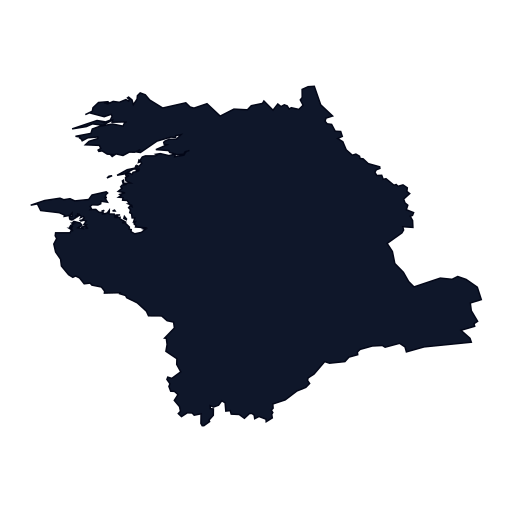 the district of Gort-Kinvara Lea-5, Galway, Ireland
{"feature_id": "5873133B79086862800883", "entity_name": "Gort-Kinvara Lea-5", "entity_type": "district", "adm_level": 2, "iso_a3": "IRL", "parent_name": "Ireland", "parent_adm1": "Galway", "projection": "robinson", "projection_center": [-8.887, 53.119], "detail": "fine", "context": "isolated", "style": "filled", "palette": "ink", "viewbox_px": 512, "rotation_deg": 0, "n_neighbors": 0, "source": "geoboundaries", "source_scale": "gbopen_adm2", "svg_char_len": 6009}
<svg xmlns="http://www.w3.org/2000/svg" viewBox="0 0 512 512"><path d="M132.0,99.9L128.6,97.1L127.5,97.9L129.4,99.5L128.7,101.1L125.8,99.6L119.3,102.3L113.2,101.4L107.7,103.9L104.0,102.7L109.2,102.9L107.9,101.7L98.5,102.5L93.0,107.7L92.3,111.2L85.3,114.6L89.4,112.8L104.2,116.7L111.1,114.3L112.2,116.1L110.3,120.1L103.7,122.6L100.4,121.2L105.2,121.8L97.0,120.5L72.1,128.9L86.3,126.6L92.5,123.9L102.8,125.2L112.7,120.0L112.1,122.2L126.8,121.9L124.6,122.7L123.0,126.1L112.4,124.0L99.5,126.4L92.3,129.0L90.9,133.4L75.5,136.3L80.4,137.1L79.7,138.0L82.5,140.0L81.6,141.1L87.8,137.8L97.8,137.0L98.0,138.5L89.1,141.3L85.4,144.8L99.4,145.4L100.8,148.4L98.1,150.1L98.9,151.4L102.2,150.9L107.2,154.1L112.3,154.5L111.1,155.3L112.2,156.5L116.0,153.9L123.0,155.5L129.3,152.1L134.8,152.2L140.3,149.5L137.0,152.0L140.4,152.5L157.0,141.1L170.8,137.1L175.6,137.4L175.7,135.6L181.1,134.6L176.4,139.2L169.1,139.3L164.8,141.2L163.7,142.3L164.2,144.3L167.0,144.8L155.9,149.6L168.6,150.6L169.7,152.4L177.1,154.6L183.5,154.2L185.2,151.7L189.5,150.4L186.1,151.7L183.9,155.2L174.6,156.8L175.1,155.3L173.8,154.4L168.9,155.6L160.3,153.6L155.8,154.3L157.0,155.0L155.6,155.9L145.3,155.9L142.3,157.0L139.9,160.6L139.0,160.0L138.4,162.5L140.7,161.7L141.7,163.4L138.8,166.5L136.9,165.5L136.8,167.4L135.7,166.2L135.0,168.1L127.2,169.7L117.1,175.3L124.5,173.9L133.3,169.1L139.0,168.8L139.3,169.8L138.3,171.0L137.4,171.0L138.3,169.6L136.2,170.1L136.6,171.6L133.1,172.3L131.9,174.5L129.5,173.0L125.6,174.5L126.5,176.8L129.0,175.5L125.5,177.6L125.9,180.7L130.6,183.0L123.7,183.4L123.5,180.2L122.4,180.9L123.3,184.3L124.1,184.1L124.6,184.5L125.4,184.1L125.8,184.5L122.0,185.2L120.7,186.8L122.0,188.3L118.2,191.4L125.2,192.9L119.8,194.4L121.3,195.4L118.6,197.2L123.0,197.6L122.6,200.2L127.2,200.5L129.2,203.6L128.2,203.8L131.7,205.3L132.1,206.7L130.1,205.9L128.6,207.7L130.5,209.7L129.7,212.7L131.6,213.6L132.1,217.9L134.8,218.0L133.5,222.1L135.5,221.7L134.1,223.9L136.0,225.6L135.5,227.0L147.5,227.9L143.5,228.9L145.3,229.4L141.4,232.4L134.7,233.8L131.0,231.7L131.2,229.6L129.0,229.0L129.4,227.1L125.4,223.2L122.1,222.7L125.3,221.9L119.7,218.7L120.1,217.3L116.3,217.5L115.9,216.9L115.5,217.4L114.9,217.3L114.2,214.1L109.6,214.0L108.2,212.9L109.2,212.0L104.0,214.3L104.7,213.6L102.7,213.9L103.1,212.8L98.7,212.1L95.8,209.4L90.4,209.6L91.4,208.7L90.1,206.4L92.1,204.8L97.9,205.0L100.7,203.8L101.0,201.2L107.5,202.2L104.9,197.9L106.9,197.6L105.6,197.4L105.7,194.7L107.6,193.0L106.2,191.8L92.0,195.0L88.7,199.5L74.8,200.9L70.0,198.7L63.8,199.7L60.0,198.2L44.7,200.5L30.7,205.2L37.4,203.9L40.7,210.5L59.3,212.7L64.5,215.0L64.2,216.4L70.0,215.3L72.1,213.0L72.2,216.3L69.3,216.2L69.7,218.9L71.8,219.3L69.8,219.4L71.9,220.0L75.9,217.6L76.0,216.1L77.2,216.6L77.6,213.7L79.0,214.0L77.6,216.4L79.9,215.1L81.3,216.4L80.7,217.5L83.2,216.4L84.3,217.8L82.2,219.8L86.3,221.1L83.9,224.5L86.6,224.8L85.9,226.0L88.0,228.7L86.8,227.6L85.6,229.0L86.7,227.4L85.3,226.0L81.7,227.1L83.0,228.7L77.9,227.8L81.8,225.1L80.2,223.0L73.8,221.4L73.0,222.3L74.0,223.0L71.9,223.1L73.2,224.2L70.6,225.5L71.1,227.2L72.8,226.1L72.1,227.3L70.5,227.3L70.3,226.5L69.7,227.1L71.2,228.5L69.4,228.4L73.2,230.8L71.2,230.5L70.1,232.8L55.6,232.8L55.2,235.8L56.7,238.5L53.8,244.0L55.6,252.0L60.6,259.2L61.4,266.0L68.6,274.7L72.8,277.3L75.6,276.0L79.5,277.9L84.2,283.8L90.1,283.1L91.9,285.1L101.4,287.0L104.6,291.1L104.4,293.1L120.1,292.7L119.6,293.7L125.6,295.5L126.7,297.7L137.2,302.8L146.4,311.2L148.5,315.8L161.6,315.9L167.1,320.7L173.6,322.1L174.4,328.0L164.6,338.1L166.3,338.3L167.1,344.5L165.9,351.3L176.9,358.7L176.7,364.4L180.8,371.8L171.8,378.4L167.8,377.1L166.9,379.4L170.0,383.8L168.9,386.4L170.7,391.2L174.5,391.4L178.0,394.6L174.3,400.4L179.5,406.6L180.5,411.3L178.3,413.6L181.5,416.6L187.3,412.8L192.2,413.0L194.2,415.2L201.1,413.8L200.9,423.4L202.2,425.7L203.9,425.7L209.6,421.6L209.0,420.1L213.3,415.3L213.4,408.9L210.3,408.7L210.2,405.6L213.4,407.1L218.5,405.2L221.8,400.8L225.1,402.8L225.8,411.1L230.2,410.6L231.2,414.1L239.2,414.5L244.4,418.3L249.5,413.5L252.1,413.5L254.2,415.2L254.7,418.7L259.0,416.5L266.0,419.2L266.2,421.7L272.3,417.9L271.7,414.3L272.8,412.6L271.3,410.1L273.1,408.2L272.8,404.0L285.2,399.9L296.9,391.0L305.8,387.4L309.6,383.5L307.5,380.4L308.1,377.9L314.0,374.1L324.7,361.6L329.5,363.2L344.9,361.6L349.0,357.1L357.7,354.7L357.4,352.0L360.1,349.4L372.3,346.0L382.4,345.5L385.1,347.2L399.6,343.3L405.0,346.9L406.4,351.9L424.1,346.9L471.3,342.2L470.0,338.3L460.9,330.3L474.7,326.3L474.0,323.7L477.6,321.3L471.3,310.7L470.3,303.0L481.3,299.6L477.3,287.2L466.1,279.4L457.7,276.5L452.1,279.3L440.3,278.1L414.0,286.9L408.6,281.5L403.4,272.3L394.8,263.5L392.4,251.5L387.1,243.4L401.9,232.9L403.6,230.0L402.7,226.7L412.9,227.4L412.6,220.6L410.2,216.2L412.5,215.4L413.6,212.6L406.3,209.7L407.8,205.2L405.0,202.9L403.6,199.1L409.7,193.6L406.9,191.4L407.3,187.8L403.0,184.9L398.0,186.3L396.2,184.5L393.9,185.2L386.0,178.7L383.2,179.3L381.7,175.3L376.8,175.5L374.9,172.3L376.3,169.8L379.9,168.4L379.7,166.8L368.2,163.6L363.1,158.8L360.1,158.5L359.5,156.2L355.9,154.1L352.3,155.2L346.2,149.8L342.8,141.7L337.6,138.5L342.3,136.4L340.7,131.5L335.2,131.2L331.6,124.4L327.1,123.8L325.1,121.2L326.0,118.1L332.6,116.0L320.7,104.8L314.3,86.3L308.1,86.7L302.1,89.4L302.2,97.5L300.3,99.9L303.1,105.2L298.9,109.4L291.3,107.7L289.1,109.0L287.2,105.9L284.3,104.8L281.0,106.6L277.8,104.0L273.0,110.2L263.9,101.0L262.5,103.4L251.3,105.7L247.4,109.8L233.9,109.1L220.2,116.1L207.0,103.7L194.0,108.1L190.1,107.0L185.8,102.8L162.7,108.0L149.7,100.0L145.3,94.8L140.2,92.9L137.4,95.7L137.1,99.1L133.3,104.7L132.0,99.9ZM116.2,215.0L114.7,215.5L115.2,217.3L115.9,216.7L117.7,216.6L116.7,215.3L120.1,214.9L116.2,215.0ZM109.0,176.2L107.0,178.0L112.1,175.7L109.0,176.2ZM124.4,216.4L123.8,218.5L126.3,219.7L126.5,219.0L124.4,216.4ZM101.5,211.2L103.4,211.1L104.2,210.3L101.5,211.2ZM114.5,210.1L112.6,211.0L115.1,211.0L114.5,210.1ZM109.3,211.9L109.3,210.2L108.3,211.5L109.3,211.9ZM82.1,220.7L81.1,220.2L80.2,220.4L80.9,221.0L82.1,220.7Z" fill="#0f172a" stroke="#020617" stroke-width="1.5"/></svg>